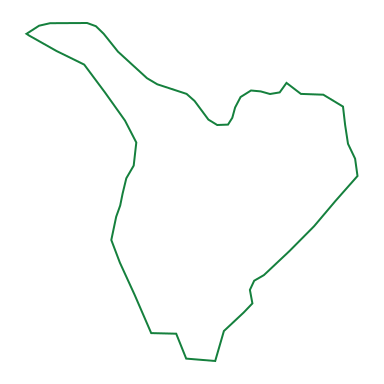 outline of Samux
{"feature_id": "AZE-1686", "entity_name": "Samux", "entity_type": "District", "adm_level": 1, "iso_a3": "AZE", "parent_name": "Azerbaijan", "parent_adm1": "", "projection": "mercator", "projection_center": [46.434, 40.941], "detail": "fine", "context": "isolated", "style": "outline", "palette": "green", "viewbox_px": 384, "rotation_deg": 0, "n_neighbors": 0, "source": "natural_earth", "source_scale": "10m", "svg_char_len": 780}
<svg xmlns="http://www.w3.org/2000/svg" viewBox="0 0 384 384"><path d="M270.0,94.0L279.7,92.4L286.5,82.9L300.9,93.9L323.3,94.7L343.0,106.6L345.1,124.8L348.0,143.8L355.1,158.7L357.5,176.0L335.5,200.9L314.1,226.2L289.3,251.2L263.9,275.1L254.2,280.7L249.9,289.9L252.4,303.4L243.6,312.6L223.9,331.0L215.2,361.0L186.2,358.6L176.2,333.7L151.2,333.1L134.7,295.0L119.9,262.7L111.3,240.0L116.2,216.7L120.2,205.5L122.6,193.6L126.3,178.3L133.7,165.6L136.3,142.5L125.0,120.6L105.0,92.5L84.2,64.6L56.5,51.0L29.2,35.6L26.5,33.8L39.1,25.7L50.1,23.2L87.1,23.0L95.9,26.2L103.7,33.8L118.0,51.7L147.0,78.2L157.3,84.3L186.6,93.9L194.6,101.0L208.4,119.6L217.2,125.0L228.0,124.6L232.3,117.8L235.1,107.5L240.6,97.0L251.0,90.5L260.7,91.4L270.0,94.0Z" fill="none" stroke="#15803d" stroke-width="2"/></svg>